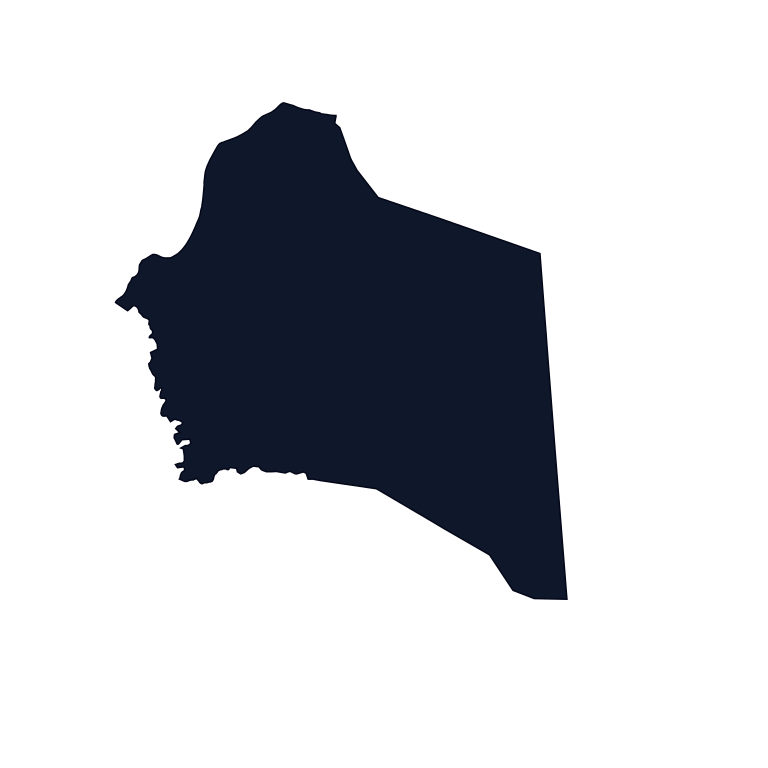 North-East, Guadalcanal, Solomon Islands (orthographic projection), rotated 306°
{"feature_id": "97153195B83197530845720", "entity_name": "North-East", "entity_type": "district", "adm_level": 2, "iso_a3": "SLB", "parent_name": "Solomon Islands", "parent_adm1": "Guadalcanal", "projection": "orthographic", "projection_center": [160.275, -9.538], "detail": "fine", "context": "isolated", "style": "filled", "palette": "ink", "viewbox_px": 768, "rotation_deg": 306, "n_neighbors": 0, "source": "geoboundaries", "source_scale": "gbopen_adm2", "svg_char_len": 4167}
<svg xmlns="http://www.w3.org/2000/svg" viewBox="0 0 768 768"><g transform="rotate(306 384 384)"><path d="M573.0,187.3L572.0,185.9L570.5,183.5L569.6,182.0L568.9,180.3L566.3,175.6L566.0,175.2L565.7,174.3L565.6,172.9L565.3,172.1L563.5,168.3L561.7,162.2L560.7,161.0L559.1,158.1L558.3,155.9L556.9,151.7L555.8,146.5L555.1,144.9L552.6,137.8L552.0,137.1L550.9,136.5L549.2,135.9L542.4,134.8L537.6,133.2L533.1,130.6L531.0,129.4L529.2,128.4L526.0,127.5L520.7,126.5L513.2,125.9L511.3,125.5L509.1,125.2L502.0,122.2L497.3,119.8L494.5,118.1L486.4,112.6L485.2,112.0L484.1,110.9L482.0,109.8L479.3,109.5L473.6,110.1L462.8,111.5L456.1,112.9L452.7,114.0L451.2,114.5L448.8,115.7L441.1,120.1L439.8,121.2L437.4,122.7L429.7,127.3L426.0,129.4L421.6,131.7L420.3,132.5L417.6,133.4L414.9,134.7L412.7,135.7L411.0,136.4L407.6,137.3L404.2,138.0L401.0,138.8L395.9,139.9L391.1,140.8L387.5,141.3L381.7,141.9L377.9,141.9L375.3,141.8L373.2,141.6L370.0,141.0L368.7,140.8L365.6,139.6L361.2,137.6L360.1,136.6L357.1,132.6L356.2,130.6L355.6,128.6L355.1,125.2L354.4,123.1L353.1,121.0L351.4,120.1L348.1,118.8L345.3,117.7L342.3,116.0L341.7,115.8L336.8,116.2L335.9,116.6L331.4,119.4L329.5,120.0L327.3,120.1L325.9,119.9L324.1,119.3L322.2,118.0L321.2,118.0L318.5,118.7L314.3,118.8L311.0,120.0L308.8,120.6L306.5,121.0L303.1,121.1L301.5,120.8L296.9,119.2L294.1,118.6L292.9,118.7L292.1,118.9L292.6,133.5L295.8,134.3L299.7,135.0L300.8,136.1L301.1,138.3L300.8,140.1L299.7,142.0L298.1,143.7L297.8,146.4L296.9,149.6L296.9,150.6L297.9,154.3L297.8,156.6L293.9,158.8L293.9,159.8L293.7,160.6L292.8,161.1L292.0,162.0L291.5,162.8L291.1,165.2L290.4,166.0L289.2,166.8L288.5,167.0L287.4,166.9L286.0,166.5L284.8,166.4L283.8,166.6L283.6,166.9L283.9,167.7L285.1,168.8L285.4,169.4L285.6,170.5L285.5,171.6L285.2,172.9L284.0,175.2L283.1,177.0L279.1,180.4L272.3,176.6L268.5,181.2L264.4,182.2L262.1,181.8L260.5,183.3L259.6,184.5L259.0,185.2L258.7,185.9L258.4,186.8L257.9,187.7L256.7,190.0L256.2,190.8L255.8,192.6L255.7,194.1L255.3,195.2L253.7,196.4L251.7,197.8L249.4,198.9L247.6,200.1L246.0,200.8L245.5,201.5L245.2,203.0L245.0,203.4L245.2,204.1L246.9,205.0L248.2,205.2L249.1,205.4L250.2,206.1L250.0,206.7L249.5,207.2L247.9,207.9L246.8,208.0L243.4,209.5L242.5,209.9L241.9,210.4L241.4,211.4L241.5,212.1L242.0,212.9L243.2,214.3L243.4,214.9L243.4,216.4L243.0,217.1L242.0,217.6L241.2,217.8L239.4,217.8L238.4,217.8L237.1,217.8L236.0,218.1L234.0,218.5L232.6,219.0L231.6,219.5L230.9,220.1L230.0,220.2L229.2,220.8L228.5,221.6L228.0,222.8L228.1,223.9L228.9,225.2L229.9,226.3L230.5,227.2L228.0,233.4L232.7,235.4L233.3,237.9L234.2,239.4L234.7,243.6L232.1,244.3L228.4,241.8L225.5,241.7L224.6,247.4L220.1,244.2L217.3,245.7L213.8,252.1L214.6,253.0L220.2,253.3L225.2,259.3L222.7,262.4L220.4,262.2L218.6,261.1L217.3,259.4L212.8,257.3L213.5,259.8L208.5,264.7L204.4,267.7L201.8,267.7L199.3,264.8L196.2,262.6L194.9,266.2L198.8,270.2L199.2,271.2L198.1,272.5L196.8,273.5L194.6,272.6L193.0,272.4L191.1,272.9L190.0,273.2L188.4,274.1L186.8,274.3L188.0,279.7L188.3,280.5L189.6,282.0L191.6,283.2L193.6,285.0L193.7,285.3L194.4,286.2L195.2,286.4L196.6,287.4L197.8,287.9L197.4,288.4L197.0,289.4L196.8,291.0L196.2,292.4L196.0,294.0L196.1,294.9L196.3,295.3L196.8,295.8L197.6,296.1L198.4,296.6L200.2,298.9L202.2,300.3L202.7,301.1L204.2,302.1L206.1,302.0L207.4,301.6L208.0,301.2L209.5,300.7L211.3,300.2L212.2,300.6L213.5,300.8L215.1,300.8L216.1,300.7L218.8,302.1L219.3,303.0L220.4,303.3L221.5,304.8L222.2,305.4L222.3,305.8L222.5,307.1L222.7,307.6L223.4,308.5L224.3,308.5L224.7,308.2L225.2,308.1L226.1,308.9L229.1,314.2L226.8,317.1L227.1,320.9L230.3,323.0L236.3,324.3L240.6,326.4L243.5,331.4L242.6,335.3L242.9,337.0L244.0,340.6L247.1,344.8L249.9,348.2L254.0,356.5L256.4,357.9L258.2,359.4L259.1,364.8L259.8,366.1L265.4,370.4L266.1,373.4L262.4,378.6L265.2,382.3L267.9,388.0L268.2,388.7L294.8,439.4L299.5,487.8L299.8,490.3L302.4,518.8L307.8,569.6L307.7,570.1L292.9,609.7L298.7,631.6L317.4,658.5L431.2,561.1L490.6,510.5L512.1,492.2L519.7,485.8L530.6,476.5L581.2,433.5L567.7,388.5L550.5,331.3L531.4,269.7L541.0,236.6L544.1,230.0L545.6,226.7L547.2,223.8L554.0,214.1L565.3,197.6L565.9,190.9L572.4,187.8L573.0,187.3Z" fill="#0f172a" stroke="#020617" stroke-width="1.5"/></g></svg>